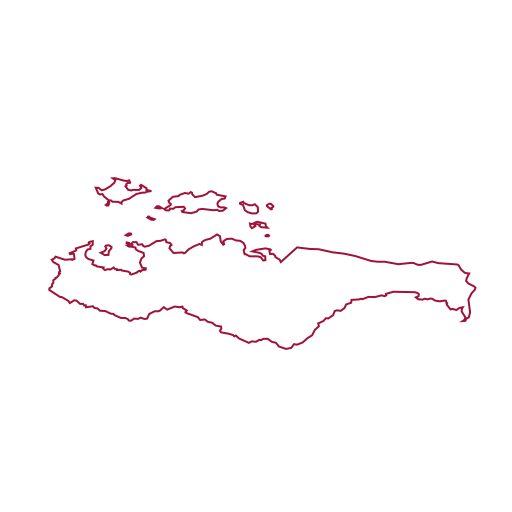 outline of Mueang Ranong, Ranong, Thailand, rotated 79°
{"feature_id": "78962969B42401089458559", "entity_name": "Mueang Ranong", "entity_type": "district", "adm_level": 2, "iso_a3": "THA", "parent_name": "Thailand", "parent_adm1": "Ranong", "projection": "equal_earth", "projection_center": [98.553, 9.9], "detail": "fine", "context": "isolated", "style": "outline", "palette": "rose", "viewbox_px": 512, "rotation_deg": 79, "n_neighbors": 0, "source": "geoboundaries", "source_scale": "gbopen_adm2", "svg_char_len": 6124}
<svg xmlns="http://www.w3.org/2000/svg" viewBox="0 0 512 512"><g transform="rotate(79 256 256)"><path d="M295.1,393.2L295.7,391.0L294.2,387.7L295.2,383.7L294.5,381.1L296.5,377.6L296.7,374.9L292.5,371.8L290.9,365.9L291.6,363.0L291.3,360.7L288.6,356.3L291.7,353.4L290.1,345.5L291.7,340.8L291.6,337.9L293.3,337.7L296.3,334.3L297.6,336.0L298.7,335.2L304.9,324.8L308.2,323.0L308.5,318.4L311.4,315.9L313.2,311.7L316.7,308.7L318.6,303.7L320.7,303.9L322.6,305.7L324.4,304.7L327.1,297.6L329.2,293.7L330.8,292.6L330.2,291.0L333.7,288.4L339.9,279.6L339.0,276.3L340.2,272.4L338.9,268.7L339.6,267.1L338.7,264.8L339.5,260.3L343.3,256.8L345.0,253.0L349.3,250.7L352.9,244.3L353.0,239.1L349.8,235.5L350.9,232.5L349.7,226.5L346.4,221.0L344.5,216.0L339.7,212.3L337.0,207.7L334.0,207.8L332.7,202.2L330.4,199.2L331.1,196.9L328.8,191.6L325.0,189.2L324.8,186.7L326.0,183.4L324.1,179.2L320.8,176.8L320.0,171.5L317.3,170.6L318.3,163.2L318.0,161.1L318.7,159.7L317.6,153.4L319.0,147.1L318.6,140.3L320.0,137.2L319.5,135.7L318.0,135.7L317.3,128.0L321.8,107.1L323.1,104.5L324.6,103.4L326.5,104.2L327.1,107.0L329.4,105.0L330.6,100.8L330.1,98.5L331.3,95.9L331.0,93.1L331.7,91.0L333.9,88.8L335.6,84.2L335.7,79.5L336.3,78.0L338.6,78.0L338.8,77.4L340.2,78.0L345.6,75.2L345.4,73.0L347.3,69.7L345.8,66.3L345.8,62.8L347.1,64.0L349.8,64.7L356.3,62.1L358.4,63.5L359.3,65.5L359.6,62.9L357.5,61.3L356.9,58.9L352.3,56.6L339.3,55.8L333.9,51.7L330.8,47.6L329.1,46.6L327.6,47.5L323.3,53.0L320.6,54.5L318.1,53.4L313.8,50.1L312.8,53.5L311.8,54.7L308.6,57.2L303.7,58.9L302.7,60.2L297.8,78.4L295.0,84.2L296.2,95.9L295.5,98.9L293.0,102.6L292.4,104.6L291.2,117.9L286.2,130.7L284.7,138.2L282.8,144.0L275.0,158.5L270.5,169.1L267.0,180.1L261.4,193.0L259.2,202.3L255.4,214.0L266.7,232.8L264.0,233.5L260.9,237.1L259.3,237.2L257.1,238.9L256.8,241.8L253.6,241.9L252.8,240.3L252.1,240.9L250.3,245.4L250.0,254.9L250.8,258.7L253.5,252.2L254.9,250.1L256.9,249.3L258.1,247.0L261.9,247.6L261.8,249.8L258.1,251.6L256.6,254.6L255.1,262.3L252.2,265.8L252.1,266.8L247.8,267.0L246.2,265.0L243.9,264.8L240.7,265.9L238.1,268.6L236.9,272.7L234.4,276.4L233.7,281.4L235.3,285.2L238.4,285.1L238.7,286.0L235.1,287.8L229.7,287.6L227.4,290.1L230.3,297.5L230.6,302.7L231.4,305.2L232.2,306.4L234.8,307.1L233.4,309.2L234.7,315.3L236.6,320.8L239.5,325.2L239.6,326.4L238.5,327.3L237.3,336.4L232.0,339.5L229.9,338.5L229.1,336.8L227.0,337.7L225.3,341.4L223.0,341.4L222.3,342.1L222.9,347.0L222.4,350.8L225.6,359.4L225.6,363.5L224.5,364.9L222.8,365.4L222.5,369.6L219.6,370.7L218.9,374.2L220.3,376.1L221.7,375.1L223.1,376.3L224.7,372.7L226.5,372.7L228.3,371.0L231.5,365.8L234.8,365.9L236.7,369.0L240.3,371.2L245.7,370.1L247.1,366.5L248.4,367.0L248.2,370.6L249.3,372.4L248.3,373.1L248.9,375.4L249.5,375.8L250.4,381.8L249.9,383.0L248.4,382.9L246.9,384.5L244.7,390.4L243.9,390.7L243.2,395.3L242.5,395.0L241.5,397.3L240.1,397.9L241.5,401.6L240.7,403.6L240.9,407.2L238.6,408.7L238.1,408.0L235.8,414.3L234.6,415.0L234.4,416.3L232.8,418.2L229.4,416.4L227.0,421.1L224.5,423.1L222.7,423.4L219.7,422.4L217.5,420.2L217.4,417.2L214.9,416.6L213.8,414.1L210.3,413.4L210.4,417.0L211.1,417.7L212.1,417.1L212.8,418.4L214.2,431.4L215.9,431.3L216.5,432.1L217.7,438.4L218.8,438.1L218.7,435.2L219.4,434.3L224.2,434.7L224.7,437.1L224.1,437.2L223.2,444.3L218.4,452.9L219.9,454.4L220.7,457.2L223.3,456.1L227.2,451.5L233.8,451.2L234.3,452.5L235.5,452.7L235.9,452.0L239.1,455.5L239.2,457.0L239.9,457.1L241.1,459.6L243.9,460.2L244.6,461.5L247.0,462.1L248.3,465.0L249.9,465.4L258.8,456.2L259.3,454.4L264.2,448.8L266.7,447.8L264.8,442.8L265.5,440.8L269.5,437.8L269.9,434.9L271.8,434.1L271.9,432.5L273.9,432.7L274.2,425.7L276.2,424.5L277.3,421.5L279.9,419.7L281.3,414.4L284.9,409.6L285.6,407.0L287.0,406.2L291.0,400.5L292.0,395.9L293.6,393.8L295.1,393.2ZM195.7,282.9L193.4,278.8L193.7,275.9L191.7,274.5L188.3,282.9L186.8,283.2L183.9,287.4L184.0,289.8L185.7,292.6L186.6,296.7L186.6,304.6L183.6,306.7L181.6,306.8L180.8,307.8L182.0,310.3L180.6,313.7L181.3,319.0L182.4,320.6L182.0,326.3L185.0,331.3L186.7,331.2L188.7,329.7L189.6,330.0L192.4,337.1L193.9,335.9L194.6,333.2L194.5,332.2L193.0,331.3L193.9,328.2L192.7,325.9L193.9,317.5L195.8,316.6L197.4,318.3L197.7,320.2L198.8,319.8L201.6,311.6L201.1,305.7L199.4,303.6L199.5,299.8L202.9,289.3L203.3,285.2L204.8,283.6L205.2,279.9L203.3,276.3L202.2,277.9L201.5,281.5L200.1,283.6L197.5,284.0L195.7,282.9ZM172.1,351.2L172.3,346.3L170.2,351.0L168.6,350.5L164.2,355.2L164.9,356.5L167.3,355.5L168.8,357.9L167.6,364.4L167.9,365.8L166.6,368.9L162.6,370.8L162.2,369.6L160.8,369.7L159.9,368.3L160.1,364.8L159.5,365.8L157.5,366.0L157.8,368.2L156.8,371.3L152.7,379.5L152.4,381.8L154.7,379.6L156.9,380.9L159.7,385.6L161.9,391.7L162.0,394.9L159.0,397.6L158.4,400.3L164.6,398.9L165.8,397.5L165.9,394.9L168.8,393.7L173.3,389.8L173.8,387.7L175.3,386.7L176.6,380.8L178.9,378.0L177.4,377.7L176.2,375.8L175.6,369.7L172.3,361.6L172.1,355.8L172.6,352.6L172.1,351.2ZM212.9,245.5L208.4,244.9L205.0,247.3L205.5,250.5L204.6,253.6L201.7,257.7L200.3,258.2L200.9,261.6L201.7,261.7L203.4,259.0L208.9,258.2L211.4,255.8L213.5,251.7L214.2,247.5L212.9,245.5ZM220.7,396.4L219.5,396.1L217.4,398.4L217.1,401.2L217.7,402.1L220.2,401.4L222.4,403.7L223.2,407.8L226.1,404.5L226.8,400.7L223.2,399.5L220.7,396.4ZM228.7,245.4L230.4,239.4L228.8,240.5L226.0,240.6L222.7,248.1L223.0,250.5L224.8,249.8L225.9,246.2L227.1,246.9L228.7,245.4ZM211.6,231.4L210.9,229.6L210.2,229.5L207.6,231.5L207.2,232.9L208.2,235.6L209.4,235.6L213.1,232.3L212.9,231.4L211.6,231.4ZM227.9,254.6L226.6,251.0L223.6,252.4L223.7,254.5L223.0,255.7L226.0,255.8L227.9,254.6ZM189.5,345.5L190.7,342.5L191.1,339.1L188.6,341.9L188.3,343.9L189.5,345.5ZM200.5,348.5L197.9,353.0L197.0,353.3L196.7,354.2L197.5,355.3L200.4,351.8L201.0,349.6L200.5,348.5ZM211.0,374.4L210.1,374.5L209.5,376.7L210.7,379.8L211.8,377.9L211.0,374.4ZM176.2,390.0L174.6,390.0L174.6,390.9L175.8,391.1L177.2,393.7L178.1,392.8L178.2,391.3L176.2,390.0ZM238.4,242.8L239.1,240.0L238.5,239.3L237.7,239.9L237.4,241.4L237.7,242.7L238.4,242.8ZM220.4,378.1L219.0,378.0L218.0,380.3L219.0,380.7L220.4,378.1ZM222.8,377.7L221.8,377.8L221.5,380.0L222.4,379.1L222.8,377.7Z" fill="none" stroke="#9f1239" stroke-width="2"/></g></svg>